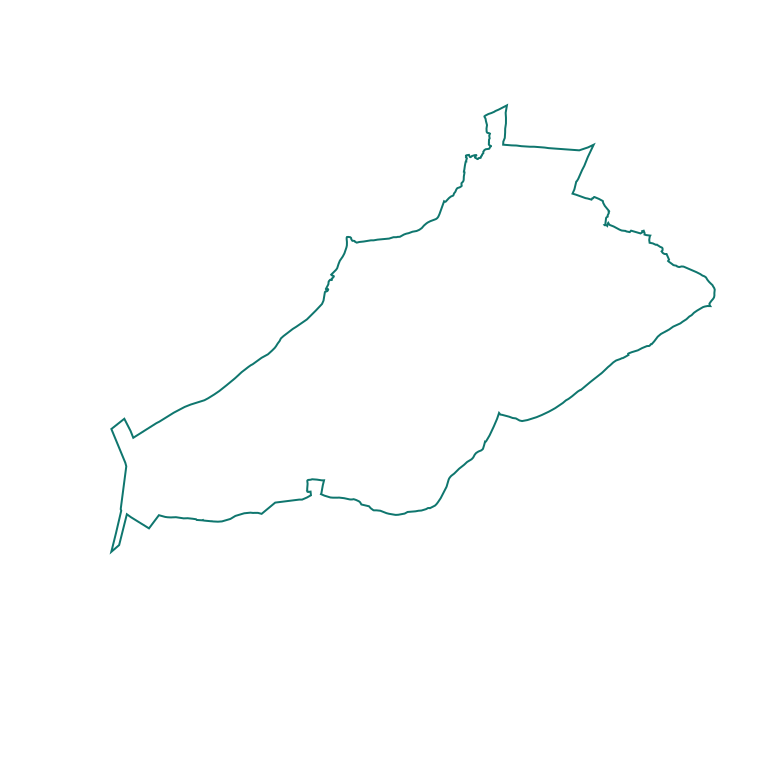 outline of Oarta De Jos, Maramures, Romania, rotated 141°
{"feature_id": "2599482B78193097020496", "entity_name": "Oarta De Jos", "entity_type": "district", "adm_level": 2, "iso_a3": "ROU", "parent_name": "Romania", "parent_adm1": "Maramures", "projection": "robinson", "projection_center": [23.086, 47.461], "detail": "fine", "context": "isolated", "style": "outline", "palette": "teal", "viewbox_px": 768, "rotation_deg": 141, "n_neighbors": 0, "source": "geoboundaries", "source_scale": "gbopen_adm2", "svg_char_len": 6079}
<svg xmlns="http://www.w3.org/2000/svg" viewBox="0 0 768 768"><g transform="rotate(141 384 384)"><path d="M364.5,496.5L369.4,494.4L369.5,494.0L367.9,493.2L367.9,492.6L368.3,492.3L369.5,491.9L370.6,492.2L371.4,492.7L372.1,492.6L378.5,486.9L381.8,485.2L390.6,484.0L403.3,482.7L416.2,483.7L420.3,484.2L432.1,484.5L435.5,484.3L438.1,483.1L441.0,482.4L444.2,481.3L446.2,480.8L450.1,480.4L455.5,480.1L462.6,481.4L473.7,482.0L475.6,482.4L478.6,482.6L487.1,482.8L496.3,482.2L507.3,482.1L516.5,482.2L522.5,482.7L529.7,483.6L533.8,484.4L547.2,489.7L553.3,491.6L565.4,494.0L582.2,496.1L585.5,496.8L612.7,500.0L610.5,507.0L607.7,520.4L624.2,520.6L634.6,485.6L636.1,482.2L666.9,452.9L667.5,452.2L667.8,451.1L668.2,450.7L686.1,436.8L701.5,425.2L691.2,425.5L665.8,444.6L664.5,439.8L657.5,419.7L641.5,423.7L637.7,418.4L636.1,416.7L633.8,414.6L629.5,411.4L624.2,405.6L621.1,403.3L617.6,399.8L615.2,397.2L615.1,396.2L611.0,392.4L610.8,392.5L610.6,392.4L610.8,392.2L609.2,390.5L604.4,385.8L604.1,385.7L603.6,385.0L599.7,381.5L596.4,379.2L588.3,375.8L582.5,375.0L574.0,371.5L568.8,368.1L567.1,366.4L563.1,363.2L560.8,360.1L543.2,360.3L522.6,347.5L520.4,345.7L515.4,344.3L510.8,343.5L508.8,346.6L510.9,347.8L511.3,348.4L511.1,349.2L510.8,349.1L510.0,350.5L506.2,354.5L504.7,356.8L504.3,357.2L503.4,357.2L501.1,355.7L499.8,355.2L496.3,351.9L492.8,348.1L491.2,346.9L495.3,343.8L501.3,338.6L502.3,338.1L500.6,334.8L497.1,329.6L494.9,327.5L490.2,323.8L486.8,320.3L483.2,315.8L481.4,314.3L480.2,313.7L479.6,312.9L478.6,311.3L477.3,308.6L477.0,307.1L477.4,304.6L472.6,298.4L472.5,295.7L471.7,292.7L471.4,292.2L469.2,290.4L466.6,287.8L463.3,282.0L461.8,280.0L457.4,275.0L455.2,273.4L449.5,270.3L446.2,269.7L439.6,265.2L437.0,263.8L434.5,262.1L430.1,260.3L427.9,259.9L426.8,259.1L426.5,258.6L420.9,257.4L418.8,257.6L416.7,258.1L411.8,259.6L400.0,264.8L394.1,268.9L392.8,269.6L390.9,270.1L389.5,270.3L385.8,270.2L378.9,270.9L372.6,270.8L368.5,271.1L363.3,270.4L361.0,270.7L357.9,272.0L355.8,272.4L353.1,272.1L350.2,271.2L348.3,271.2L347.6,271.5L344.9,273.3L341.9,275.5L341.8,275.1L340.2,275.4L334.3,277.6L325.4,281.9L318.0,285.8L312.8,289.1L312.8,287.0L311.6,285.7L307.3,279.8L305.4,276.6L303.2,274.3L301.6,270.3L300.0,268.3L295.2,265.7L286.3,262.2L280.9,260.6L273.5,258.8L269.7,258.1L266.1,257.5L256.9,256.7L252.9,256.8L250.0,256.3L245.6,256.1L238.2,256.2L235.6,255.9L235.1,255.8L234.9,255.5L222.1,255.7L207.5,255.5L199.1,256.2L196.7,256.2L192.2,256.5L188.8,256.2L184.6,254.7L183.1,254.4L182.0,253.8L179.4,253.3L175.8,252.7L175.6,253.4L175.2,253.9L174.2,253.7L171.4,252.8L165.5,250.4L160.9,249.5L155.8,248.0L154.0,246.7L153.3,246.6L151.5,247.0L151.2,246.9L150.9,246.5L147.2,247.1L141.5,248.5L137.3,248.6L128.1,246.9L123.2,246.6L115.5,244.6L112.8,244.5L108.2,244.0L104.3,244.3L101.6,243.9L98.2,244.3L94.4,244.0L87.7,243.0L85.9,242.3L83.5,241.0L81.4,239.2L81.2,240.6L80.4,241.7L77.6,242.5L74.4,243.1L72.9,243.7L71.5,244.9L70.0,246.8L67.6,249.2L67.0,250.8L66.8,252.7L66.5,254.2L66.8,256.2L67.1,259.0L67.1,261.5L66.7,264.2L67.2,266.0L68.3,267.9L69.0,270.3L70.8,274.3L77.3,286.7L78.8,288.1L81.0,289.1L82.2,290.8L82.3,291.8L84.3,294.3L84.4,295.1L85.7,300.0L85.8,300.8L84.2,301.3L82.6,307.2L83.7,308.0L84.3,308.8L84.6,309.5L84.9,310.5L84.8,312.4L83.6,312.5L83.1,312.9L82.2,314.1L82.1,314.7L82.2,315.2L83.2,317.1L83.7,318.9L84.2,320.0L84.2,320.5L85.2,321.2L86.6,324.1L88.7,326.6L87.2,329.1L84.6,331.4L83.7,331.8L86.5,334.7L87.5,336.2L86.5,337.3L85.7,339.7L87.2,340.3L87.5,339.3L89.9,339.6L95.5,347.7L97.4,347.4L99.7,350.1L99.9,350.9L102.7,353.7L103.8,355.7L106.4,361.9L108.4,365.4L108.6,366.5L108.3,368.1L108.7,368.0L111.0,366.4L111.1,367.3L112.6,368.6L112.6,368.8L112.0,368.5L111.2,369.1L107.0,373.2L106.2,373.5L104.8,373.3L104.1,374.3L101.8,375.3L101.4,375.6L101.2,376.4L100.3,376.6L100.3,383.5L99.7,386.7L98.8,388.5L100.5,392.6L102.8,396.9L103.2,397.1L104.7,396.8L105.2,397.2L106.7,396.7L109.1,400.1L110.4,401.6L115.6,410.2L117.7,413.3L113.6,415.4L107.2,420.3L106.4,420.3L103.9,421.2L95.4,425.6L91.0,427.5L83.0,432.0L70.5,438.0L76.6,439.5L85.2,442.7L107.6,463.7L110.3,466.6L117.9,473.8L121.3,476.6L127.6,482.4L130.9,485.9L134.5,489.0L140.8,495.0L138.7,497.3L135.3,499.2L131.6,503.2L129.2,506.1L125.3,509.7L121.7,514.1L118.8,518.2L113.1,523.2L122.3,525.1L125.8,526.1L126.7,526.1L130.0,527.0L132.9,528.1L136.3,528.8L137.5,528.8L137.8,528.2L138.1,526.3L139.3,524.2L141.0,520.4L143.6,518.0L145.5,515.4L145.6,514.2L144.3,512.5L144.1,511.9L146.0,510.7L147.3,508.4L148.5,507.9L150.4,505.8L150.5,505.4L151.6,504.5L151.9,503.4L151.1,501.7L151.3,501.4L152.3,501.5L153.9,500.7L154.4,500.7L157.2,502.4L158.7,502.6L160.7,502.0L161.5,500.9L163.3,500.6L164.2,499.9L165.6,499.8L166.3,499.0L166.9,499.1L168.1,499.9L169.5,499.8L169.9,500.1L170.1,501.1L170.7,502.2L170.7,502.8L170.5,503.1L168.3,503.7L168.3,503.9L169.6,504.8L172.2,505.8L173.9,505.8L174.3,506.3L174.3,507.0L173.8,508.6L175.9,509.8L176.6,509.9L176.9,509.6L177.0,508.8L177.7,508.4L177.5,507.6L177.7,507.1L179.2,506.2L180.0,505.2L180.3,505.5L180.7,505.3L183.7,502.8L186.7,500.0L188.0,499.0L188.4,498.6L188.1,498.1L188.3,497.7L191.3,495.1L193.7,492.4L195.0,491.6L197.3,491.3L197.9,490.8L198.9,489.1L199.9,489.0L201.4,489.2L203.5,490.0L204.3,490.0L205.7,489.5L207.5,488.5L209.7,488.0L210.9,487.2L211.6,486.9L214.1,487.6L216.6,487.6L221.2,486.9L222.0,487.2L222.3,488.2L234.0,481.1L236.6,479.8L238.3,479.4L239.9,479.5L245.6,481.4L248.5,482.0L250.2,482.1L253.2,482.0L256.5,481.4L259.5,481.6L262.4,482.4L266.0,484.4L269.9,485.7L272.1,486.8L274.4,487.6L279.0,488.4L280.9,489.8L281.7,490.1L284.2,492.1L288.5,493.8L298.1,500.2L301.5,502.1L303.8,503.9L310.1,507.5L313.8,509.9L316.2,511.0L317.0,512.8L316.9,513.7L317.5,514.4L318.3,515.0L318.5,515.5L318.3,517.1L317.7,518.1L317.8,519.2L319.1,520.7L320.2,521.5L320.8,521.3L321.7,520.3L323.5,517.6L325.6,515.1L327.2,513.8L332.6,510.4L335.9,509.0L340.7,507.6L343.6,506.0L347.6,503.4L349.5,502.9L356.2,502.2L356.2,501.4L355.2,499.7L355.2,499.4L355.4,499.1L356.5,498.8L358.3,498.7L358.8,497.9L359.1,497.7L359.6,498.0L359.9,498.6L360.4,498.9L362.0,498.6L362.7,498.3L364.5,496.5Z" fill="none" stroke="#0f766e" stroke-width="2"/></g></svg>